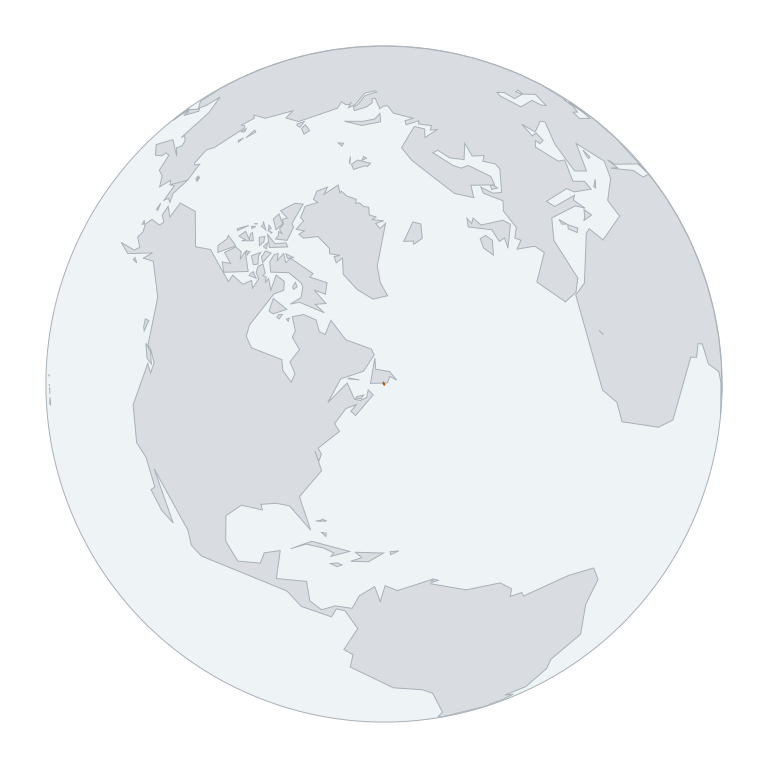 Miquelon-Langlade highlighted on a globe, orthographic projection, rotated 337°
{"feature_id": "SPM-4867", "entity_name": "Miquelon-Langlade", "entity_type": "Commune", "adm_level": 1, "iso_a3": "SPM", "parent_name": "Saint Pierre and Miquelon", "parent_adm1": "", "projection": "orthographic", "projection_center": [-56.329, 46.961], "detail": "fine", "context": "on_globe", "style": "filled", "palette": "amber", "viewbox_px": 768, "rotation_deg": 337, "n_neighbors": 0, "source": "natural_earth", "source_scale": "10m", "svg_char_len": 10341}
<svg xmlns="http://www.w3.org/2000/svg" viewBox="0 0 768 768"><g transform="rotate(337 384 384)"><circle cx="384" cy="384" r="338" fill="#eef3f6" stroke="#a8b0b8"/><path d="M306.8,713.0L304.1,711.3L309.6,708.9L308.0,687.7L299.8,680.4L273.9,667.3L242.4,631.4L249.7,621.0L243.3,612.8L264.3,598.9L259.5,577.5L252.3,572.4L244.7,577.9L220.9,556.3L213.8,536.6L148.7,471.0L143.7,457.1L146.4,442.0L139.3,372.3L135.6,429.5L130.0,413.4L128.3,390.2L132.8,389.2L136.3,358.7L133.4,341.2L145.0,305.1L174.6,272.8L173.4,282.8L180.7,274.5L182.6,261.9L182.1,255.7L209.6,215.8L219.6,180.9L211.5,174.1L222.1,172.9L199.2,163.8L197.4,151.0L206.4,163.2L212.6,162.8L214.8,152.4L221.7,149.8L226.7,143.6L234.7,141.8L239.3,149.9L244.6,149.1L245.9,141.9L254.7,136.1L252.1,146.7L267.2,137.8L277.7,151.4L264.1,184.0L276.8,192.4L280.8,228.9L287.3,224.7L292.9,237.0L302.5,237.0L300.5,244.5L309.8,238.2L309.8,231.5L313.9,226.6L319.5,226.2L318.0,235.4L315.0,236.9L317.4,239.5L314.3,244.4L319.0,241.8L316.5,253.4L327.3,241.6L332.3,250.7L328.3,258.6L317.9,258.0L283.0,277.3L275.8,286.3L276.2,299.0L299.5,321.7L296.1,332.1L299.3,346.0L306.1,339.8L306.1,326.8L319.6,319.4L317.9,305.2L323.2,300.4L325.8,286.3L337.0,288.5L346.5,298.5L344.9,310.5L349.1,315.5L360.0,304.6L366.1,328.3L386.0,346.9L386.3,353.4L370.0,364.3L346.2,362.3L325.0,379.2L350.5,368.7L350.9,386.5L355.9,390.0L362.7,389.6L367.2,383.3L369.8,389.8L345.5,401.9L342.8,396.1L350.5,392.1L339.3,391.7L323.0,401.2L324.5,410.2L298.3,417.3L299.0,424.0L293.7,429.8L294.3,418.4L292.7,439.4L262.1,454.7L259.4,489.8L249.3,459.0L238.0,451.6L223.7,446.7L222.9,452.4L205.3,439.8L187.0,443.4L176.9,466.8L180.2,489.8L200.2,500.6L207.8,492.6L223.4,496.8L208.9,521.0L235.6,535.4L231.0,554.6L238.3,567.4L252.5,569.2L267.0,578.1L278.4,569.4L296.2,566.8L295.6,582.8L306.2,570.1L315.7,579.4L351.9,582.7L348.9,586.1L379.2,605.6L413.4,612.5L421.4,622.4L417.2,628.9L429.3,629.7L429.5,633.7L479.0,632.3L505.1,635.3L504.7,647.5L483.8,665.4L467.2,691.1L430.3,702.5L422.4,709.5L396.3,717.9L373.7,717.5L381.8,720.0L370.6,720.7L356.5,720.0L355.5,720.5L345.1,719.5L353.1,720.5L352.0,720.4L306.8,713.0ZM68.6,271.2L71.4,265.7L69.0,272.7L68.6,271.2ZM73.6,260.1L72.5,262.5L73.5,260.1L73.6,260.1ZM74.7,256.9L73.9,259.2L74.5,257.0L74.7,256.9ZM75.8,253.1L75.3,255.0L75.8,253.1ZM256.1,500.6L286.8,524.6L267.9,521.9L271.8,520.0L264.3,511.4L249.9,501.0L233.7,499.1L256.1,500.6ZM78.6,246.0L79.4,244.0L79.2,245.2L78.6,246.0ZM273.3,486.3L267.8,483.5L273.4,484.9L273.3,486.3ZM180.7,253.5L181.9,262.0L177.7,274.7L175.9,267.8L180.7,253.5ZM189.8,230.8L192.3,233.6L184.0,241.4L185.2,237.3L189.8,230.8ZM204.2,170.3L203.8,175.9L201.8,171.4L204.2,170.3ZM226.0,143.1L223.9,142.5L227.4,139.6L226.0,143.1ZM319.4,286.2L322.5,286.3L320.4,288.8L319.4,286.2ZM317.6,280.2L313.0,283.1L311.4,280.7L314.3,278.9L317.6,280.2ZM242.9,134.3L249.1,130.3L243.6,135.7L242.9,134.3ZM323.7,277.3L309.3,276.1L306.7,272.0L315.5,262.0L323.7,277.3ZM253.3,128.9L268.4,119.6L265.1,117.1L283.0,119.6L264.3,126.2L257.9,133.1L258.0,128.9L253.3,128.9ZM307.4,229.5L307.6,236.7L302.2,231.2L307.4,229.5ZM302.9,227.3L280.3,218.6L282.7,208.4L289.8,213.1L288.7,200.6L301.0,199.8L304.3,206.4L300.3,213.1L308.1,207.8L302.9,227.3ZM290.6,122.8L294.9,122.0L291.2,124.4L290.6,122.8ZM315.1,224.3L310.3,223.2L312.1,214.2L321.9,214.7L318.2,217.4L315.1,224.3ZM282.4,197.9L285.4,191.6L296.2,189.1L298.8,186.4L301.5,198.9L282.4,197.9ZM320.7,219.3L326.9,215.2L331.2,219.3L319.9,224.7L320.7,219.3ZM308.4,211.7L309.7,207.5L312.1,210.0L308.4,211.7ZM350.0,232.2L344.2,230.7L344.6,225.8L350.0,232.2ZM328.9,213.5L327.4,212.1L326.9,210.1L331.8,208.5L328.9,213.5ZM308.9,196.5L312.7,196.9L308.3,191.2L316.2,189.4L316.5,198.3L319.7,193.7L322.1,193.2L319.7,201.1L308.9,196.5ZM335.3,200.9L338.4,212.2L349.0,215.8L348.9,220.2L331.9,213.6L335.3,200.9ZM326.4,200.3L331.9,201.6L329.0,206.1L323.4,208.0L326.4,200.3ZM321.5,185.2L309.3,185.6L309.6,183.7L321.5,185.2ZM339.0,201.0L338.1,198.4L340.1,200.7L339.0,201.0ZM327.5,188.9L323.1,189.2L323.6,187.1L327.5,188.9ZM340.1,193.0L341.1,196.5L337.4,197.8L340.1,193.0ZM334.8,190.4L336.5,187.4L335.4,196.1L332.8,190.8L334.8,190.4ZM328.7,186.9L327.6,185.7L330.4,187.1L328.7,186.9ZM353.8,186.4L353.2,197.1L344.9,199.8L346.6,188.9L353.8,186.4ZM646.0,170.5L662.7,194.3L661.2,193.5L666.3,201.8L668.4,209.3L664.3,207.7L667.6,215.9L677.3,219.9L673.2,211.4L663.3,196.1L667.3,200.7L664.7,195.9L680.6,222.0L694.0,249.6L708.9,292.5L703.6,280.5L682.2,271.9L678.5,266.1L678.0,265.7L677.3,265.2L683.3,276.0L677.0,273.9L696.8,284.8L703.5,294.8L709.4,294.1L710.7,299.1L710.3,296.1L709.4,292.9L715.4,318.0L719.5,343.5L721.6,369.2L721.7,395.1L719.9,420.8L716.1,446.3L710.4,471.5L702.8,496.2L693.3,520.2L682.0,543.4L684.1,538.9L694.5,514.9L697.1,503.6L690.5,492.3L692.6,471.5L688.8,469.5L682.2,481.6L676.8,479.1L672.0,485.2L635.8,530.1L619.7,531.0L588.4,511.8L591.2,491.7L582.8,475.2L595.3,377.0L607.9,369.4L629.1,324.4L633.5,321.3L641.9,337.0L666.5,321.5L661.6,302.5L673.0,283.2L673.8,264.9L654.9,237.7L653.6,267.1L642.7,262.3L635.0,230.1L634.6,205.7L630.3,203.2L621.6,211.1L612.3,198.7L617.5,213.5L622.2,212.5L625.6,222.1L621.5,223.7L618.4,219.0L616.0,225.1L631.5,247.0L637.9,248.3L637.1,271.1L647.8,275.8L650.8,285.6L634.0,281.4L628.6,275.5L604.9,279.3L610.5,287.3L633.2,284.7L630.2,288.7L637.9,300.8L629.7,294.8L603.3,296.7L596.5,318.2L603.8,362.2L596.5,374.6L583.1,379.3L564.5,349.9L582.9,325.7L576.6,316.1L559.2,311.8L566.3,305.2L561.4,300.8L567.0,291.7L561.5,271.4L565.2,261.9L550.1,247.3L550.0,240.7L559.0,251.0L567.2,253.5L574.7,231.2L572.4,224.9L562.0,217.5L565.4,212.8L554.3,208.6L552.3,194.0L545.4,208.7L533.0,201.6L524.7,189.7L519.4,190.3L532.9,209.8L539.3,215.4L546.9,215.7L563.4,234.7L563.6,243.9L541.6,235.0L539.5,247.6L523.3,236.1L496.9,188.8L492.5,173.3L512.5,158.8L521.0,165.1L518.0,173.1L532.7,170.6L525.8,168.4L528.6,164.8L517.4,158.1L518.9,155.3L505.7,154.0L506.2,149.9L514.6,150.8L498.5,138.4L496.1,129.3L491.8,127.9L487.8,129.0L487.5,117.4L484.3,116.9L483.2,120.5L476.1,122.1L463.5,120.8L464.0,116.8L468.7,116.7L479.3,111.1L491.5,112.3L490.5,110.6L480.0,108.7L467.0,115.4L459.3,115.8L464.2,111.6L461.8,113.2L458.2,112.2L455.0,107.6L449.1,112.0L407.8,109.0L397.7,100.8L406.7,96.9L378.5,93.0L369.3,85.7L368.3,88.7L354.1,90.0L356.8,92.2L355.2,93.9L320.0,100.1L312.1,99.0L295.8,106.7L295.3,108.5L300.2,109.6L283.0,119.6L265.1,117.1L267.2,113.0L254.5,114.9L261.1,105.7L260.7,99.5L275.3,89.4L273.7,86.0L268.8,87.2L263.0,84.1L267.8,74.6L285.2,76.6L282.2,93.2L285.3,85.5L290.9,85.9L295.9,82.5L297.5,77.6L293.8,77.9L328.8,65.8L345.2,55.9L328.7,58.2L321.1,57.6L325.4,52.1L348.4,48.0L372.3,46.3L396.2,46.3L420.1,48.0L443.8,51.4L467.2,56.5L490.2,63.2L512.7,71.5L534.5,81.4L555.6,92.9L575.8,105.8L595.0,120.0L613.2,135.7L630.2,152.5L646.0,170.5ZM602.8,418.5L605.2,424.2L605.3,424.3L602.8,418.5ZM642.0,190.9L636.5,176.5L625.2,171.5L622.2,165.8L619.4,166.5L624.4,171.3L615.7,172.3L608.4,162.5L602.0,159.7L603.6,164.5L618.4,182.4L631.0,180.7L638.1,189.0L642.0,190.9ZM353.0,582.5L357.3,585.9L351.4,585.6L353.0,582.5ZM264.5,528.4L271.4,530.6L274.7,534.2L269.3,533.7L264.5,528.4ZM324.1,540.8L332.3,543.4L323.5,543.7L324.1,540.8ZM291.9,527.7L317.5,539.4L300.2,541.6L284.2,534.2L295.7,535.1L291.9,527.7ZM268.5,496.2L272.6,498.7L270.9,501.7L268.5,496.2ZM277.3,487.4L275.6,487.3L273.9,483.9L277.3,487.4ZM352.3,385.8L354.3,385.0L360.9,386.2L357.2,388.7L352.3,385.8ZM393.9,374.7L397.2,385.5L392.3,379.2L387.7,384.4L371.8,378.2L385.7,356.5L382.2,367.2L393.9,374.7ZM354.3,364.9L362.9,370.6L353.0,365.2L354.3,364.9ZM529.3,287.9L535.6,286.9L539.9,294.1L535.1,308.1L528.8,297.7L529.3,287.9ZM543.5,284.1L523.0,272.4L525.1,263.9L527.4,270.5L530.8,266.0L535.4,275.6L557.5,279.7L562.8,286.4L551.2,307.4L552.1,296.6L545.9,297.9L543.5,284.1ZM466.8,263.9L457.9,260.4L474.0,246.1L480.4,251.1L476.2,264.8L466.0,267.1L466.8,263.9ZM342.0,260.6L337.6,261.5L338.0,258.8L342.1,255.8L342.0,260.6ZM347.3,231.9L361.8,254.7L357.5,256.6L371.2,268.5L365.1,278.5L356.4,270.2L362.0,287.2L351.8,283.8L356.8,295.0L338.1,275.7L329.1,273.9L341.5,272.0L347.3,262.8L347.1,258.3L339.9,244.4L323.4,236.7L326.5,226.9L333.1,222.1L337.6,222.5L334.1,228.6L342.6,224.7L341.0,233.8L347.3,231.9ZM408.8,180.7L403.0,186.0L419.6,182.9L418.1,190.7L420.1,189.9L423.3,196.5L430.7,203.2L428.4,206.6L432.3,207.8L434.5,212.5L439.0,215.4L436.5,222.7L441.9,227.1L437.6,228.1L447.5,233.7L439.1,232.9L441.1,239.4L448.2,236.7L423.9,272.6L420.2,289.3L421.8,304.1L407.1,301.6L396.3,286.7L389.4,267.1L395.0,251.8L387.4,253.8L387.8,247.3L393.7,248.4L384.9,242.8L386.8,237.8L380.7,222.4L366.8,218.3L364.2,212.9L370.6,212.0L363.6,207.3L373.9,202.2L372.2,198.3L380.8,189.7L394.0,190.9L391.2,186.5L397.6,180.3L408.8,180.7ZM356.5,184.1L372.7,182.9L379.8,186.8L362.0,200.2L362.0,204.4L350.9,213.9L340.8,208.1L344.9,205.9L346.5,202.4L349.0,205.6L348.3,200.5L353.9,197.4L354.9,192.7L359.9,193.5L356.5,184.1ZM632.0,311.6L634.2,308.2L636.2,301.7L641.1,309.6L632.0,311.6ZM614.3,313.2L615.4,309.0L623.3,316.2L621.0,320.0L614.3,313.2ZM609.2,300.9L614.8,308.2L610.4,306.5L609.2,300.9ZM559.2,247.0L559.5,242.6L562.2,243.6L565.1,247.9L559.2,247.0ZM457.9,175.5L453.4,177.3L451.9,175.7L439.8,174.6L439.9,169.1L447.3,167.6L457.9,175.5ZM658.5,246.3L662.2,255.6L660.4,256.4L659.5,253.0L658.5,246.3ZM654.3,284.1L658.4,278.1L655.5,286.3L654.3,284.1ZM456.1,169.3L451.1,169.4L454.2,166.6L456.1,169.3ZM439.4,165.1L442.0,161.5L438.5,168.3L439.4,165.1ZM450.3,126.7L467.0,133.9L479.1,136.5L486.0,133.3L483.4,141.3L464.7,137.4L450.3,126.7ZM413.0,111.3L407.0,114.9L404.8,111.9L405.8,110.7L413.0,111.3ZM412.8,114.5L414.5,121.7L407.9,122.8L407.9,116.8L412.8,114.5ZM436.0,144.2L440.9,146.6L438.2,148.6L436.0,144.2ZM312.9,53.7L309.7,55.1L294.9,58.6L292.3,59.0L300.1,56.7L307.5,54.9L311.9,53.9L312.9,53.7ZM304.6,56.7L311.6,55.3L321.6,58.7L320.0,60.5L304.6,58.6L310.4,57.3L310.6,56.2L304.6,56.7ZM294.3,120.0L294.8,121.9L291.7,121.2L294.3,120.0ZM357.0,95.1L354.4,97.3L350.7,96.1L357.0,95.1ZM345.0,102.9L351.0,102.6L344.4,104.5L345.0,102.9ZM364.4,102.0L353.2,103.3L364.2,99.8L364.4,102.0Z" fill="#d9dde1" stroke="#a8b0b8" stroke-width="1"/><path d="M384.2,384.4L384.4,384.5L384.2,384.9L383.9,385.0L383.8,384.9L383.7,384.7L383.8,384.6L384.0,384.3L384.0,384.0L383.8,383.6L383.8,383.3L383.7,383.2L383.8,383.0L383.9,382.9L383.9,383.0L384.0,383.2L384.1,383.3L384.3,383.5L384.2,383.7L384.2,383.8L383.9,383.8L384.0,383.9L384.1,384.0L384.1,384.3L384.2,384.4Z" fill="#f59e0b" stroke="#b45309" stroke-width="1.5"/></g></svg>